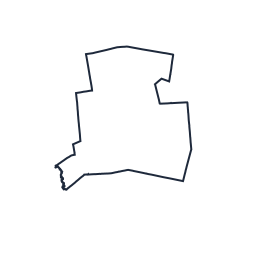 the district of Saceni, Teleorman, Romania, rotated 32°
{"feature_id": "2599482B67630674957093", "entity_name": "Saceni", "entity_type": "district", "adm_level": 2, "iso_a3": "ROU", "parent_name": "Romania", "parent_adm1": "Teleorman", "projection": "equal_earth", "projection_center": [25.054, 44.231], "detail": "fine", "context": "isolated", "style": "outline", "palette": "slate", "viewbox_px": 256, "rotation_deg": 32, "n_neighbors": 0, "source": "geoboundaries", "source_scale": "gbopen_adm2", "svg_char_len": 5049}
<svg xmlns="http://www.w3.org/2000/svg" viewBox="0 0 256 256"><g transform="rotate(32 128 128)"><path d="M202.8,143.9L202.4,142.6L200.7,137.4L200.0,135.1L199.3,133.2L198.7,131.1L198.3,130.0L193.2,113.3L193.1,112.7L189.3,107.7L188.5,106.7L188.1,106.1L186.7,104.2L186.0,103.2L185.6,102.8L184.3,101.0L182.7,98.8L181.8,97.6L180.4,95.8L180.2,95.5L179.4,94.5L178.5,93.1L177.8,92.3L177.2,91.5L177.1,91.4L176.7,90.9L175.3,89.1L172.6,85.3L172.0,84.5L171.2,83.4L170.8,83.0L170.6,82.7L169.7,81.4L169.1,80.6L168.8,80.3L167.9,79.0L167.1,78.0L165.9,76.3L165.0,75.1L164.7,74.9L162.8,76.1L161.1,77.3L160.4,77.8L158.5,79.1L154.1,82.2L153.8,82.4L151.9,83.8L151.6,83.9L151.2,83.9L151.1,84.1L151.0,84.3L150.9,84.4L150.6,84.6L148.6,86.1L142.3,90.4L142.0,90.4L141.9,90.4L139.1,87.5L131.7,80.4L128.0,76.8L127.9,76.7L127.7,76.6L129.0,72.4L130.3,68.4L136.8,67.0L137.7,66.8L138.2,66.7L137.1,64.0L135.6,60.5L135.5,60.3L135.5,59.9L135.3,59.7L134.5,57.8L133.3,54.9L131.7,51.6L131.1,50.1L130.3,48.5L129.3,46.1L127.7,42.3L127.6,42.1L127.4,41.9L127.2,41.9L126.0,42.4L121.1,44.3L119.9,44.8L118.4,45.5L115.7,46.6L105.7,50.7L98.0,53.9L96.9,54.3L87.1,58.2L86.3,58.5L85.7,58.7L84.2,59.4L83.9,59.5L82.2,60.8L81.4,61.4L80.6,61.9L79.6,62.6L76.8,64.7L76.0,65.3L72.4,69.0L71.7,69.8L71.0,70.5L70.2,71.3L68.5,73.1L62.5,79.1L61.1,80.5L60.0,81.6L58.5,83.2L53.2,87.6L53.6,88.1L54.5,89.0L61.5,96.8L64.4,100.1L65.2,101.0L65.3,101.1L67.1,103.2L67.4,103.5L68.3,104.5L68.6,104.8L69.4,105.8L70.5,107.0L73.0,109.7L73.3,110.1L74.6,111.5L76.9,114.2L77.7,115.3L77.3,115.6L76.7,116.0L75.4,117.1L73.2,119.1L72.7,119.5L71.2,120.7L68.9,122.9L67.6,124.0L66.2,125.2L65.4,125.9L66.5,127.3L68.7,130.1L69.1,130.6L70.3,132.1L71.4,133.4L72.6,135.1L74.4,137.5L74.9,138.3L76.7,140.6L77.7,142.0L78.3,142.9L80.3,145.5L80.7,146.1L82.9,149.0L83.4,149.6L83.7,150.0L84.5,151.0L85.1,151.9L86.3,153.4L89.4,157.4L90.5,158.8L91.3,159.9L92.3,161.3L94.1,163.7L94.6,164.3L90.0,171.0L91.6,172.6L94.5,175.9L95.9,177.4L95.9,177.7L97.0,178.9L95.4,180.4L94.8,181.0L94.1,182.0L93.9,182.5L93.6,183.3L93.0,184.4L92.8,184.7L92.4,185.4L92.2,185.7L92.0,186.4L91.6,187.1L91.5,187.5L91.2,188.1L91.0,188.7L89.4,192.4L89.0,193.5L88.4,194.7L87.6,196.7L87.4,197.1L87.3,197.3L87.1,197.7L87.0,197.8L86.9,198.0L86.6,198.2L86.6,198.3L86.8,198.4L87.2,198.5L87.4,198.7L87.4,198.9L87.5,199.1L87.6,199.3L87.5,199.5L87.3,199.7L87.3,199.8L87.5,199.9L87.9,199.5L88.0,199.2L88.0,198.9L88.3,198.5L88.7,198.3L88.8,198.2L88.7,198.1L88.6,197.8L88.6,197.7L88.9,197.7L89.3,198.1L89.4,198.3L89.6,198.3L89.8,198.3L90.0,198.1L90.5,198.2L90.8,198.5L91.0,198.6L91.5,198.5L91.8,198.6L92.1,198.6L92.3,198.7L92.3,199.4L92.5,199.4L92.9,199.3L93.0,199.3L93.1,199.1L93.3,199.1L93.7,199.2L94.0,199.4L94.3,199.5L94.3,200.1L94.5,200.2L94.8,200.2L95.1,200.1L95.3,200.1L95.3,200.6L95.3,200.8L95.8,201.1L95.8,201.3L95.5,201.5L95.4,201.7L95.3,201.8L95.6,202.2L95.8,202.3L95.9,202.5L95.9,202.8L95.9,203.1L95.8,203.3L96.2,203.9L96.6,204.2L97.1,204.2L97.3,204.2L97.3,204.4L97.0,204.8L97.0,205.1L97.2,205.3L97.3,205.2L97.5,205.1L97.7,204.8L97.8,204.7L98.0,204.8L98.1,205.1L98.1,205.4L98.1,205.5L98.3,205.5L98.6,205.2L99.1,205.3L99.2,205.1L99.3,205.0L99.5,205.1L99.6,205.6L99.9,205.7L100.0,205.9L99.9,206.0L99.7,206.2L99.7,206.5L99.6,206.8L99.5,207.0L99.2,207.1L99.1,207.3L99.2,207.5L99.5,207.6L99.8,207.6L99.9,207.8L99.7,208.0L99.8,208.2L100.0,208.3L100.5,208.2L100.7,208.3L100.8,208.7L100.8,208.8L101.2,208.9L101.3,208.8L101.6,208.6L102.1,208.8L102.5,208.8L102.6,208.6L102.8,208.6L103.1,208.9L103.2,209.1L103.1,209.3L102.9,209.5L102.8,209.9L102.8,210.0L103.0,210.1L103.4,209.9L103.5,209.9L103.6,210.0L103.5,210.3L103.5,210.5L104.2,210.5L104.7,210.6L104.8,210.7L104.8,211.0L105.1,211.2L105.1,211.3L105.0,211.8L104.9,211.9L104.8,212.0L104.4,212.0L104.1,212.2L103.8,212.2L103.6,212.3L103.7,212.6L103.6,212.8L103.7,213.1L103.9,213.2L104.3,213.4L104.6,213.5L104.8,213.5L105.0,213.7L105.4,213.7L105.5,213.7L105.8,214.0L106.1,214.1L106.3,213.9L106.5,213.5L106.7,213.1L107.0,213.0L107.3,213.0L107.7,213.1L108.1,213.2L108.3,213.1L108.5,212.9L108.4,212.5L108.5,212.4L108.8,211.4L108.9,211.1L109.0,211.0L109.0,210.7L109.2,210.2L109.6,209.3L109.7,208.8L110.0,208.0L110.7,206.2L110.9,205.5L111.6,203.5L112.1,202.0L112.3,201.0L112.5,200.5L112.6,200.2L112.7,199.9L113.4,197.8L113.5,197.4L113.9,196.0L114.3,194.9L114.6,194.0L114.7,193.7L115.0,193.1L115.3,192.2L115.5,191.5L115.6,191.2L115.6,190.8L115.6,190.7L115.9,190.5L116.4,190.2L116.7,189.9L118.4,188.8L118.5,188.6L118.6,188.8L122.3,186.1L124.5,184.6L124.9,184.4L125.7,183.8L127.6,182.4L128.4,181.8L128.9,181.6L130.2,180.5L131.1,180.0L131.6,179.6L132.6,178.9L135.0,177.3L135.7,176.8L137.6,175.4L138.4,174.7L138.8,174.3L141.0,172.1L141.5,171.7L142.7,170.6L142.9,170.3L143.1,170.1L143.5,169.8L143.5,169.7L144.1,169.3L145.0,168.4L146.0,167.4L147.8,165.8L149.1,164.5L150.0,163.7L150.4,163.4L150.9,163.2L154.7,161.7L155.5,161.5L156.3,161.2L156.8,161.0L160.0,159.8L164.3,158.2L167.7,157.0L167.7,156.9L168.7,156.6L169.4,156.4L172.6,155.1L184.2,150.9L190.9,148.3L197.1,146.0L200.6,144.7L202.8,143.9Z" fill="none" stroke="#1e293b" stroke-width="2"/></g></svg>